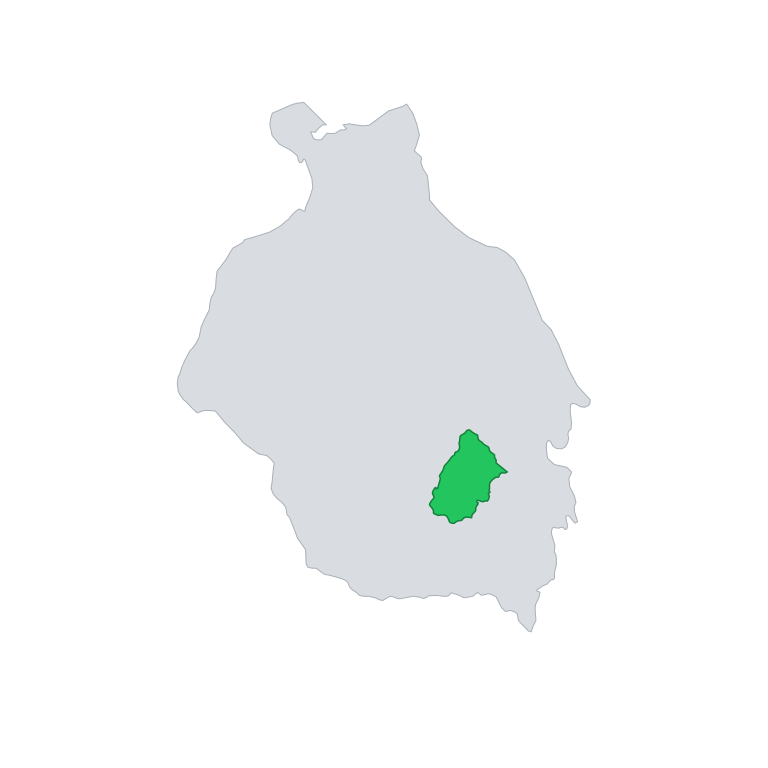 Romania, with Hunedoara highlighted, rotated 237°
{"feature_id": "ROU-297", "entity_name": "Hunedoara", "entity_type": "County", "adm_level": 1, "iso_a3": "ROU", "parent_name": "Romania", "parent_adm1": "", "projection": "natural_earth1", "projection_center": [22.886, 45.787], "detail": "fine", "context": "in_parent", "style": "filled", "palette": "green", "viewbox_px": 768, "rotation_deg": 237, "n_neighbors": 0, "source": "natural_earth", "source_scale": "10m", "svg_char_len": 5822}
<svg xmlns="http://www.w3.org/2000/svg" viewBox="0 0 768 768"><g transform="rotate(237 384 384)"><path d="M580.7,423.2L587.3,431.1L595.5,435.4L614.5,439.9L616.1,439.4L616.3,438.5L615.0,437.3L614.7,435.9L615.6,434.0L618.2,433.9L622.5,435.6L630.5,433.2L642.3,426.8L653.3,425.5L663.3,429.3L668.6,433.7L672.0,437.9L671.1,443.0L670.6,446.3L668.3,459.6L666.6,464.5L663.8,470.1L632.9,476.7L634.8,473.5L634.0,467.9L632.5,463.7L635.4,459.9L628.3,458.5L625.3,460.6L623.0,464.3L625.3,472.7L622.0,477.3L620.8,479.9L620.8,486.1L618.8,488.7L618.5,491.6L623.5,490.9L621.4,496.2L612.3,506.4L609.1,512.5L610.5,536.7L606.6,551.1L606.4,555.4L596.5,555.6L593.5,555.2L584.0,553.0L573.4,549.2L567.0,541.7L563.0,536.4L554.1,538.8L552.4,538.2L549.9,535.6L543.1,533.9L534.8,533.8L515.9,524.1L513.8,522.4L499.2,524.1L477.3,528.9L460.6,534.9L443.4,545.5L436.5,553.5L428.4,557.8L416.8,561.0L396.1,559.8L374.5,555.7L351.2,551.4L338.7,553.8L321.8,552.0L296.2,546.8L277.2,545.2L258.4,548.3L255.3,545.9L254.6,543.3L255.3,539.5L258.0,536.4L262.5,534.1L264.9,531.8L265.2,529.4L260.1,525.5L249.6,520.3L245.3,517.0L244.3,516.2L244.0,513.2L241.8,510.9L237.8,509.2L234.7,506.1L232.5,501.7L232.9,497.5L236.1,493.5L240.2,491.8L245.1,492.4L247.1,491.3L246.3,488.5L241.5,485.0L232.7,480.7L223.7,483.0L214.5,492.0L207.9,493.4L203.9,487.4L196.7,483.8L186.4,482.7L180.0,480.4L177.7,476.9L173.2,474.2L163.2,471.4L163.1,468.7L164.7,468.0L168.3,467.8L173.0,467.2L173.8,465.7L173.8,464.3L170.1,462.5L166.3,461.2L164.4,460.0L163.1,458.7L162.9,457.3L164.0,456.3L165.5,456.3L167.0,455.4L167.9,452.2L169.9,449.5L171.4,448.5L171.3,446.5L169.8,444.7L167.7,443.1L164.7,442.1L155.3,439.3L150.5,435.4L147.6,435.3L143.0,433.1L138.0,429.7L133.7,424.9L129.1,421.8L127.9,420.5L127.8,419.3L128.6,418.0L128.6,416.5L127.4,411.8L128.3,406.8L128.1,402.2L128.1,400.1L127.2,399.4L126.4,400.1L125.2,401.0L124.1,401.2L120.7,397.8L116.4,390.8L113.5,388.5L107.8,385.3L103.0,382.7L99.6,376.9L96.0,372.4L98.4,370.5L112.2,367.9L118.6,370.5L121.5,369.6L124.3,367.5L125.8,365.8L126.1,364.0L127.5,361.8L132.2,360.8L144.5,362.1L149.5,359.0L151.3,357.3L152.5,353.6L153.8,350.6L158.2,349.0L158.1,346.3L157.5,343.3L160.1,336.7L161.7,334.0L164.2,333.0L167.2,330.9L172.4,326.6L171.2,322.8L172.3,320.0L177.8,313.2L181.9,306.6L181.9,303.3L182.5,300.5L186.2,297.3L190.0,293.2L195.1,280.5L196.9,278.3L200.3,275.9L202.8,273.5L203.1,265.1L205.4,262.7L209.8,260.0L214.2,255.6L217.8,250.4L220.6,248.0L224.3,247.4L228.2,245.4L232.7,244.6L237.0,245.6L239.7,245.1L243.8,242.6L254.4,233.1L255.9,231.2L258.0,229.9L266.5,226.7L268.7,223.4L271.6,220.5L275.4,220.7L287.8,228.0L301.0,227.5L303.4,227.8L304.2,227.9L305.8,228.5L323.4,232.1L326.2,231.7L326.9,231.4L334.0,234.4L340.3,234.0L346.2,231.9L352.4,231.2L358.1,232.5L362.5,236.6L373.8,245.5L377.1,248.8L382.3,248.3L388.0,246.6L393.7,240.7L411.3,234.0L424.8,232.4L437.9,229.7L453.2,227.8L457.5,222.3L459.9,218.5L461.5,211.6L469.7,209.6L477.5,208.2L480.2,207.3L485.9,207.0L490.3,207.6L497.2,211.0L502.1,215.3L504.0,218.7L508.2,223.5L512.6,230.3L517.5,239.3L518.7,243.9L520.5,248.8L524.2,254.8L531.1,261.4L532.1,262.7L535.2,267.3L541.3,277.7L546.4,281.9L550.8,286.4L553.0,290.9L556.2,295.0L563.6,300.5L569.6,305.5L574.6,319.8L578.1,326.4L580.3,331.4L579.5,341.7L580.9,346.0L578.4,354.0L573.8,370.1L572.9,382.9L573.9,389.8L574.2,394.2L575.4,397.1L576.8,402.9L577.1,408.0L575.4,409.4L573.0,410.6L572.0,411.7L574.4,414.0L577.5,418.3L580.7,423.2Z" fill="#d9dde1" stroke="#a8b0b8" stroke-width="1"/><path d="M299.0,430.7L295.3,431.9L291.8,433.6L290.7,434.4L290.1,434.6L289.6,434.5L288.5,433.8L287.6,433.4L286.7,433.1L285.1,433.1L284.0,433.4L281.9,434.4L279.2,434.8L278.2,435.2L274.9,437.0L273.9,437.2L273.2,437.2L271.3,436.4L270.4,436.3L268.9,436.4L265.0,437.9L264.1,437.9L263.5,437.7L263.0,437.3L262.5,436.9L261.9,436.7L259.3,436.6L258.6,436.3L258.0,435.9L257.6,435.4L256.8,435.1L256.1,435.2L243.2,439.4L243.2,437.9L243.4,437.3L243.7,436.7L245.0,434.9L245.3,434.3L245.5,433.7L245.5,433.1L245.3,432.3L245.0,431.5L244.2,430.5L243.7,429.8L243.6,429.1L243.8,428.6L244.6,427.6L244.9,426.8L245.0,426.1L244.7,424.8L244.8,423.9L244.7,423.1L244.5,422.2L243.8,419.9L243.2,418.8L242.3,417.8L240.2,416.4L239.1,415.7L238.3,415.1L238.0,414.5L237.6,414.2L236.9,414.0L236.4,414.1L235.8,414.1L235.5,413.9L235.4,413.3L235.5,412.7L235.5,412.2L235.2,411.8L234.3,411.6L233.6,411.5L232.7,411.2L231.9,410.7L230.1,408.5L229.6,406.8L230.1,406.6L230.3,406.3L230.6,405.9L230.7,405.4L231.0,404.0L231.3,403.2L231.8,402.4L232.5,401.7L234.9,399.8L235.5,399.2L235.6,398.6L235.4,398.1L234.8,397.7L234.3,397.7L233.9,397.8L233.1,398.2L232.6,397.9L232.1,397.3L231.0,394.8L230.4,393.8L229.9,393.3L228.2,392.2L227.7,391.4L227.3,390.2L227.0,389.3L226.8,387.9L226.2,386.6L224.2,384.6L227.0,381.4L227.7,380.1L228.1,378.8L228.1,377.9L228.0,377.1L227.4,375.3L227.5,374.5L227.9,373.6L228.7,372.0L229.0,370.8L229.2,369.7L229.0,367.2L229.3,366.4L229.8,365.6L231.2,364.4L232.1,364.0L233.1,363.9L236.5,364.6L237.6,364.7L239.1,364.5L240.2,364.0L241.5,362.9L242.9,360.9L243.4,359.7L244.5,357.6L248.5,355.1L251.4,356.7L252.0,356.8L257.5,356.3L258.1,356.5L258.7,357.2L259.3,358.3L260.3,360.5L261.3,363.9L261.7,364.3L262.5,364.5L265.2,364.9L265.9,365.2L266.6,365.6L267.4,366.6L268.1,367.8L269.1,370.1L269.1,370.8L268.9,371.1L268.4,371.0L268.0,370.9L267.6,371.0L267.4,371.2L267.3,371.5L267.4,372.0L267.8,372.7L273.7,379.5L275.2,380.1L276.3,380.3L277.0,380.8L279.4,386.2L280.4,387.6L282.0,389.4L282.5,390.3L284.1,396.2L285.4,399.4L285.9,401.1L286.2,402.2L286.0,403.7L286.1,404.3L286.5,404.9L287.7,406.2L287.9,406.9L287.8,407.5L287.6,408.1L287.4,408.6L287.5,409.3L287.7,410.1L288.3,411.4L289.1,412.4L290.5,413.4L292.9,414.4L293.9,415.1L295.2,416.5L298.3,419.0L298.7,419.5L298.9,420.3L299.0,420.8L298.9,423.4L298.7,424.6L298.9,425.3L299.7,427.6L299.9,428.5L299.0,430.7Z" fill="#22c55e" stroke="#15803d" stroke-width="1.5"/></g></svg>